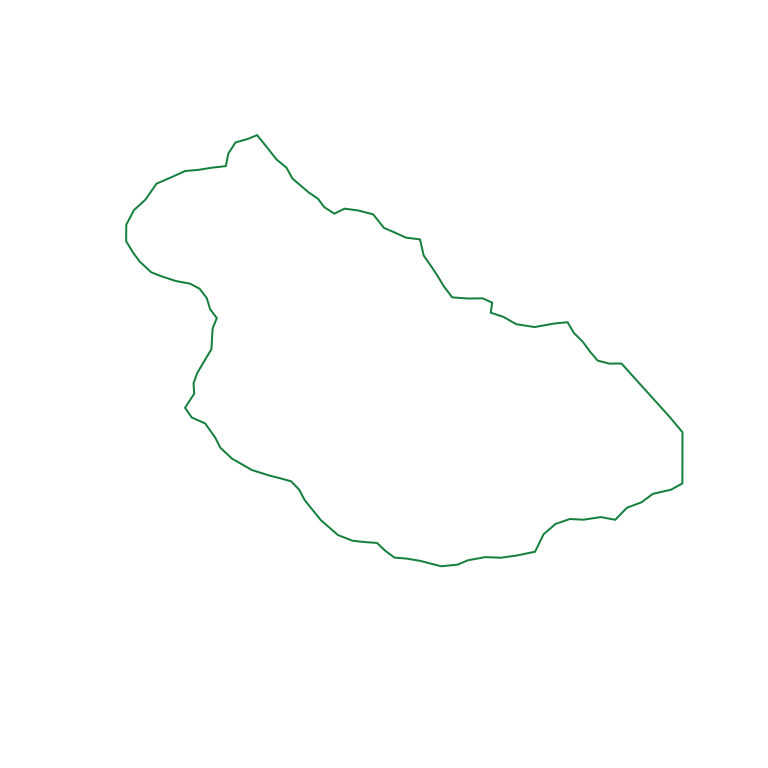 the district of Alagoa Nova, Paraíba, Brazil, rotated 33°
{"feature_id": "56859067B38668562827759", "entity_name": "Alagoa Nova", "entity_type": "district", "adm_level": 2, "iso_a3": "BRA", "parent_name": "Brazil", "parent_adm1": "Paraíba", "projection": "albers", "projection_center": [-35.775, -7.065], "detail": "fine", "context": "isolated", "style": "outline", "palette": "green", "viewbox_px": 768, "rotation_deg": 33, "n_neighbors": 0, "source": "geoboundaries", "source_scale": "gbopen_adm2", "svg_char_len": 1479}
<svg xmlns="http://www.w3.org/2000/svg" viewBox="0 0 768 768"><g transform="rotate(33 384 384)"><path d="M660.6,261.9L641.0,255.9L572.0,237.5L561.8,244.2L550.4,248.0L539.6,244.8L527.6,240.3L515.5,237.8L504.3,232.2L493.9,240.5L479.3,254.2L462.4,261.8L447.4,262.7L434.7,266.1L430.4,256.9L420.1,258.4L408.0,266.5L394.0,274.2L380.9,269.5L371.8,265.0L361.9,260.6L347.3,254.6L335.4,243.1L322.7,249.3L312.6,250.8L298.8,253.1L282.5,247.6L267.9,252.5L255.5,258.4L249.5,268.2L237.7,268.2L227.7,264.6L216.9,264.4L205.5,262.9L195.4,261.6L184.4,255.7L171.5,254.2L158.3,249.7L142.0,244.4L136.1,252.9L127.9,262.3L127.9,275.5L132.7,287.4L122.0,296.2L111.6,305.6L101.2,313.7L93.2,326.2L84.1,339.9L83.5,359.3L79.6,374.4L81.1,390.8L90.0,404.7L102.5,410.7L112.2,414.3L127.9,417.1L138.7,414.9L153.1,411.1L166.6,405.5L177.4,404.5L188.6,408.5L197.5,416.0L207.9,419.8L210.0,430.7L220.3,448.8L220.8,463.1L221.4,476.7L223.9,487.2L230.1,495.5L230.1,512.3L240.9,516.8L255.5,514.5L271.3,520.7L281.5,526.6L297.4,529.4L320.2,528.1L337.1,523.4L348.3,519.6L359.1,516.2L370.6,518.9L380.5,524.5L390.2,527.7L405.3,532.6L427.7,535.8L442.9,532.6L454.8,526.6L464.7,521.1L475.9,523.2L487.3,523.9L497.7,518.3L510.2,512.8L521.2,509.1L531.3,505.7L544.2,495.3L550.4,486.1L563.3,474.0L576.8,465.9L588.9,455.4L602.0,442.4L599.7,423.0L604.1,407.9L613.4,396.0L625.3,389.1L638.2,377.6L651.9,371.9L655.1,355.5L664.4,342.9L669.3,329.7L682.2,316.4L688.4,304.9L660.6,261.9Z" fill="none" stroke="#15803d" stroke-width="2"/></g></svg>